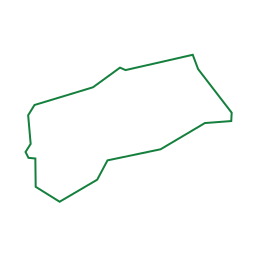 Duk, Jonglei, South Sudan, rotated 172°
{"feature_id": "79223893B68171722755013", "entity_name": "Duk", "entity_type": "district", "adm_level": 2, "iso_a3": "SSD", "parent_name": "South Sudan", "parent_adm1": "Jonglei", "projection": "albers", "projection_center": [31.227, 7.661], "detail": "fine", "context": "isolated", "style": "outline", "palette": "green", "viewbox_px": 256, "rotation_deg": 172, "n_neighbors": 0, "source": "geoboundaries", "source_scale": "gbopen_adm2", "svg_char_len": 395}
<svg xmlns="http://www.w3.org/2000/svg" viewBox="0 0 256 256"><g transform="rotate(172 128 128)"><path d="M53.7,191.5L122.4,185.7L127.5,188.9L157.0,173.2L217.4,163.8L225.1,154.5L226.6,125.8L232.8,118.5L230.7,112.3L224.0,110.7L227.6,82.6L206.0,64.5L165.7,81.1L152.8,98.8L98.7,102.4L51.2,122.2L24.8,120.5L23.2,128.7L50.4,176.6L53.7,191.5Z" fill="none" stroke="#15803d" stroke-width="2"/></g></svg>